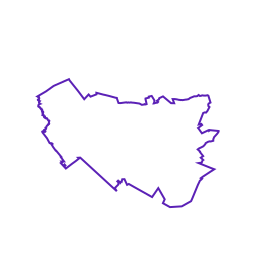 outline of Ocampo, Coahuila, Mexico, rotated 294°
{"feature_id": "50627088B78546697072074", "entity_name": "Ocampo", "entity_type": "district", "adm_level": 2, "iso_a3": "MEX", "parent_name": "Mexico", "parent_adm1": "Coahuila", "projection": "albers", "projection_center": [-103.054, 28.057], "detail": "fine", "context": "isolated", "style": "outline", "palette": "violet", "viewbox_px": 256, "rotation_deg": 294, "n_neighbors": 0, "source": "geoboundaries", "source_scale": "gbopen_adm2", "svg_char_len": 5047}
<svg xmlns="http://www.w3.org/2000/svg" viewBox="0 0 256 256"><g transform="rotate(294 128 128)"><path d="M90.1,215.4L104.7,215.0L107.1,215.1L109.0,215.1L110.9,216.0L111.8,216.3L111.9,215.0L114.0,216.2L122.1,221.4L123.1,222.1L125.4,223.6L125.2,220.2L124.7,206.8L126.1,209.0L126.6,209.4L128.4,209.3L128.6,209.3L128.8,209.3L129.4,209.7L130.5,206.6L132.9,208.1L134.9,204.3L135.4,203.4L135.8,203.4L136.8,200.4L138.4,201.3L139.5,202.3L141.7,204.1L142.8,204.6L144.8,205.2L145.7,205.1L147.9,206.7L149.0,208.0L149.3,209.0L151.0,211.1L152.4,210.5L154.7,210.4L157.7,211.4L158.9,211.8L160.8,212.2L161.7,212.2L162.1,212.0L159.4,203.9L158.5,203.3L159.1,203.0L158.9,202.6L153.2,197.7L154.5,195.5L156.0,193.0L156.5,192.0L160.9,194.5L161.6,193.3L160.0,191.2L172.3,190.6L173.5,191.8L173.8,193.0L175.7,193.6L180.3,193.9L180.7,192.6L181.9,191.8L183.1,191.7L184.8,193.0L190.2,188.3L190.3,187.4L189.2,185.8L188.5,184.2L188.0,182.5L187.0,181.5L186.5,180.5L186.9,179.1L185.3,178.3L184.5,177.1L183.9,175.6L182.6,174.4L180.8,172.6L180.1,172.2L179.0,171.6L178.5,170.9L177.6,169.6L177.5,169.3L176.1,167.2L175.5,166.2L175.5,165.9L175.0,164.8L174.8,164.4L174.8,164.0L174.6,163.6L174.3,162.6L174.2,161.7L174.0,161.1L173.8,160.0L173.6,159.6L173.5,159.1L172.6,157.0L169.4,160.1L168.2,157.2L171.1,147.1L167.9,144.4L166.7,144.6L164.7,143.4L164.1,144.9L163.4,144.7L162.9,144.3L162.8,144.0L162.5,143.5L162.4,143.3L162.0,142.8L161.0,141.7L160.9,141.5L162.5,141.5L163.3,141.1L164.1,140.7L164.4,140.3L166.9,136.6L165.1,134.2L164.2,134.7L162.4,132.4L162.1,132.0L161.7,132.1L157.4,135.3L157.2,135.1L156.8,134.6L156.8,134.4L156.5,134.2L156.4,134.0L156.3,133.6L156.4,133.3L156.0,133.1L155.8,132.8L154.8,131.2L155.0,128.5L153.5,123.2L152.7,121.0L152.7,120.6L152.6,120.4L152.4,119.9L152.0,119.5L151.8,119.1L151.7,118.6L151.6,118.1L151.3,117.7L151.0,117.4L151.0,117.1L150.9,116.7L150.7,116.3L150.6,116.1L150.7,115.9L150.4,115.4L147.7,111.0L147.3,110.0L147.0,109.1L150.5,105.8L150.9,105.6L150.9,105.4L150.6,104.4L149.5,97.2L148.7,92.9L148.5,92.1L147.3,84.8L145.9,85.5L141.4,81.0L142.6,78.4L136.5,76.3L141.4,67.5L147.7,55.3L148.6,54.2L137.7,44.3L136.1,42.9L128.1,38.2L120.0,32.4L120.0,32.6L120.0,32.8L120.0,33.0L119.9,33.1L120.0,33.2L120.2,33.3L120.3,33.5L120.2,33.9L119.9,34.1L119.5,34.4L119.4,34.6L119.1,34.7L118.9,34.9L118.6,35.0L118.1,35.0L117.9,34.8L117.7,34.5L117.5,34.4L117.3,34.1L117.2,34.1L116.9,34.3L116.8,34.5L116.8,34.8L117.0,35.1L117.0,35.4L117.0,35.5L116.9,35.6L116.6,35.8L116.6,36.2L116.7,36.4L116.7,36.5L116.4,36.4L116.2,36.2L115.6,36.1L115.2,36.6L115.3,36.7L115.1,36.6L115.0,36.4L114.9,36.4L114.8,36.5L114.7,36.7L114.8,36.8L114.7,37.1L114.6,37.3L114.4,37.3L114.3,37.6L114.3,37.9L114.2,37.8L114.1,37.7L113.9,37.4L113.5,37.3L113.3,37.1L113.1,37.1L112.7,36.9L112.4,36.8L112.2,36.9L111.9,37.1L111.6,37.1L111.4,37.3L111.2,37.3L111.1,37.5L111.0,37.8L111.1,38.4L111.2,38.9L110.9,39.3L110.7,39.8L110.3,39.9L110.2,40.4L110.3,40.8L110.1,40.8L109.8,41.0L109.9,41.4L110.0,41.5L109.9,41.8L109.7,41.7L109.4,41.8L109.2,42.2L109.1,42.4L108.9,42.5L108.6,42.6L108.3,42.6L108.2,42.7L108.3,42.9L108.6,43.2L108.6,43.3L108.6,43.5L108.1,44.1L107.7,44.2L107.3,43.8L107.0,43.7L106.9,43.8L106.8,44.1L106.6,44.2L106.4,44.5L106.2,44.5L106.1,44.4L105.9,44.3L105.7,44.4L105.5,44.5L105.3,44.8L105.2,44.8L105.5,45.5L105.5,45.8L105.3,45.9L105.0,46.1L104.7,46.4L104.7,46.6L104.8,47.0L104.8,47.5L104.5,47.6L104.5,47.4L104.4,47.2L104.4,46.9L104.4,46.7L104.2,46.6L104.1,46.8L104.0,47.0L103.8,47.0L103.7,47.2L103.7,47.3L103.8,47.5L103.7,47.9L103.6,48.0L103.5,48.3L103.4,48.4L103.4,48.8L103.4,49.0L103.5,49.2L103.8,49.4L104.0,49.7L103.9,50.1L103.7,50.4L103.6,50.6L103.4,50.6L103.2,50.8L102.6,51.9L102.6,52.1L102.7,52.4L102.8,52.7L102.8,52.9L102.7,53.1L102.2,53.1L102.0,53.3L101.9,53.3L101.7,53.3L101.6,53.2L101.3,53.2L100.7,53.7L100.2,53.9L100.0,54.2L99.9,54.2L99.5,54.0L99.3,54.1L99.1,53.9L99.2,53.7L98.8,53.4L98.7,53.4L98.6,53.7L98.4,53.7L98.3,53.4L98.1,53.3L97.4,53.2L96.9,53.0L96.6,52.9L96.2,53.0L95.9,52.9L95.7,52.9L95.4,53.0L95.2,53.1L95.0,52.7L94.8,52.5L94.7,52.6L94.6,52.9L94.2,53.1L94.1,53.3L93.9,53.4L93.2,53.4L93.1,53.1L93.0,52.9L92.8,52.8L92.7,52.7L92.4,52.4L92.1,52.2L91.9,52.4L91.8,52.6L91.8,52.9L91.5,53.3L91.2,53.5L91.1,53.8L90.9,53.7L90.8,53.8L90.6,53.7L90.5,53.4L90.9,53.2L91.0,53.0L91.0,52.8L90.7,51.8L90.5,51.7L90.4,51.6L90.1,51.5L90.0,51.3L89.8,51.3L89.7,51.2L89.2,51.6L89.1,51.8L85.6,58.3L84.7,59.4L82.4,62.4L82.3,62.6L82.5,63.0L82.6,63.3L82.7,63.5L82.8,63.8L82.9,64.0L83.0,64.4L83.0,64.7L82.9,65.3L82.7,65.3L82.7,65.5L82.3,65.6L81.9,64.7L80.9,66.3L80.4,66.9L77.9,71.2L78.1,71.5L74.5,78.8L74.1,78.5L71.4,83.2L70.3,80.8L69.7,81.8L68.6,80.9L67.2,84.2L68.9,84.8L68.3,86.1L66.6,85.6L65.7,87.7L72.7,91.5L76.3,93.6L80.3,95.7L80.6,94.7L81.5,96.4L73.1,121.4L65.7,143.4L67.8,140.4L72.6,142.2L74.5,141.2L74.9,140.0L75.9,140.4L75.5,141.8L74.7,143.3L76.8,143.7L76.7,144.0L78.8,143.6L79.8,145.6L75.7,150.3L77.2,151.5L76.6,157.6L74.7,178.1L85.4,180.1L77.8,190.5L73.5,190.5L72.8,198.5L78.3,209.0L80.4,210.6L83.9,213.2L86.4,215.1L86.9,215.4L90.1,215.4Z" fill="none" stroke="#5b21b6" stroke-width="2"/></g></svg>